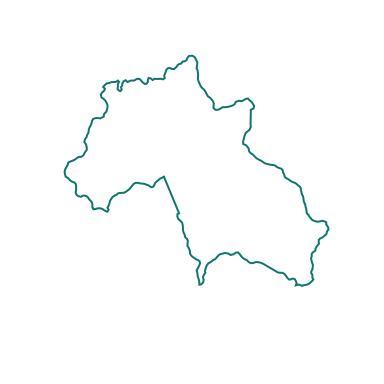 Sucupira, Tocantins, Brazil (Albers equal-area conic projection), rotated 152°
{"feature_id": "56859067B48445419523046", "entity_name": "Sucupira", "entity_type": "district", "adm_level": 2, "iso_a3": "BRA", "parent_name": "Brazil", "parent_adm1": "Tocantins", "projection": "albers", "projection_center": [-48.827, -12.089], "detail": "fine", "context": "isolated", "style": "outline", "palette": "teal", "viewbox_px": 384, "rotation_deg": 152, "n_neighbors": 0, "source": "geoboundaries", "source_scale": "gbopen_adm2", "svg_char_len": 5061}
<svg xmlns="http://www.w3.org/2000/svg" viewBox="0 0 384 384"><g transform="rotate(152 192 192)"><path d="M133.0,312.7L135.1,310.9L137.1,310.8L139.1,311.6L141.3,310.5L143.2,311.0L144.9,310.9L146.9,309.8L150.0,308.9L152.1,310.2L153.2,311.8L155.3,312.6L157.5,311.8L159.7,309.6L161.9,307.9L162.6,305.3L164.8,305.1L166.4,306.6L169.6,308.1L172.0,309.6L174.2,309.3L175.1,311.6L176.7,313.1L178.2,311.8L179.4,309.8L181.4,308.9L183.0,309.6L184.1,312.0L184.6,314.3L185.0,316.0L186.3,317.3L188.2,317.7L190.7,317.5L192.6,318.6L194.5,319.3L197.3,319.3L198.2,321.9L200.6,321.8L202.7,320.4L203.5,318.9L205.4,317.9L206.1,315.3L208.0,314.8L209.1,316.3L209.4,318.0L207.9,320.0L206.8,322.1L204.7,323.5L205.2,325.2L207.4,324.9L209.7,326.0L211.8,326.9L214.1,327.1L216.3,327.9L218.3,327.5L221.1,326.5L220.4,324.2L221.6,322.8L224.7,322.0L226.9,320.7L227.5,318.0L226.3,315.7L225.6,313.4L225.6,310.9L225.7,308.8L226.7,306.6L228.3,304.8L229.8,303.2L231.8,302.6L233.4,301.8L234.5,300.0L236.4,300.0L238.5,300.1L240.5,301.5L242.4,302.5L245.0,302.9L246.9,301.7L248.8,299.5L250.9,297.9L252.3,297.0L253.7,295.7L255.0,293.8L256.2,292.5L257.8,291.6L259.3,290.0L261.1,289.1L262.6,288.0L263.6,286.4L263.2,283.8L263.8,281.5L264.4,279.8L265.4,278.4L267.5,277.5L269.6,276.2L271.0,275.2L273.4,275.1L275.5,276.1L277.9,276.0L279.9,275.6L281.7,275.6L283.7,275.8L285.7,276.1L287.5,276.0L288.6,274.7L290.6,273.3L293.5,271.4L295.1,269.4L295.8,267.5L296.3,264.8L294.8,262.3L294.3,259.8L293.2,257.5L291.4,255.6L290.8,253.5L291.6,251.6L292.4,250.1L293.2,248.4L294.8,246.4L295.3,243.8L294.3,241.6L292.3,239.9L290.2,240.0L288.7,239.4L287.1,237.9L286.4,235.9L286.2,233.6L285.4,231.3L285.3,229.5L285.8,227.6L287.1,225.5L287.2,223.1L285.2,222.3L283.5,222.0L281.2,221.1L279.2,219.3L278.2,217.3L277.1,215.6L276.0,214.3L273.9,215.6L273.9,217.9L272.4,218.8L270.4,220.5L268.8,222.4L266.8,223.8L264.3,224.9L262.0,225.1L259.8,225.0L258.0,225.5L256.2,225.1L254.4,224.2L252.1,223.2L249.6,223.3L246.5,223.8L244.6,224.4L242.7,225.3L241.0,226.0L239.4,226.6L237.2,226.4L235.2,225.3L233.8,224.0L232.2,222.9L230.1,221.5L228.9,219.9L227.5,218.6L226.7,217.1L225.7,215.3L224.0,214.9L222.4,215.5L220.6,217.2L218.0,217.9L216.0,218.3L214.1,218.8L212.4,218.7L209.6,218.7L213.4,179.3L215.3,179.2L216.5,177.1L216.8,174.4L215.8,172.3L215.1,169.8L215.8,167.0L216.6,165.1L217.7,163.0L218.4,160.6L218.5,158.0L219.2,155.1L218.4,152.9L218.5,151.0L219.9,148.9L221.3,146.7L221.2,144.9L221.2,142.9L221.6,140.5L222.6,138.7L222.6,136.4L221.9,134.4L221.0,132.7L220.1,130.8L218.7,129.2L217.8,127.2L218.4,125.3L219.6,124.1L221.1,123.0L223.0,121.7L224.8,120.4L225.3,117.9L226.5,115.1L227.0,112.0L227.8,109.1L229.0,106.7L226.9,106.1L224.4,107.1L222.9,109.1L222.4,111.6L220.5,113.3L218.1,114.4L217.7,116.1L216.0,118.0L213.3,120.3L211.0,121.4L209.1,121.3L207.0,121.6L205.2,122.0L202.9,121.8L200.8,122.7L198.5,123.6L196.0,123.9L194.0,123.2L191.9,122.8L190.2,121.8L188.9,120.6L187.4,118.2L184.5,117.5L181.8,117.9L179.7,117.0L179.0,114.5L178.6,111.3L177.4,108.6L175.5,106.0L174.8,103.4L173.3,101.4L171.2,100.5L168.8,100.3L167.0,99.3L165.4,98.1L163.9,96.6L162.8,95.1L161.7,93.3L153.9,80.6L151.9,79.2L149.9,78.1L148.9,76.1L148.3,73.8L148.2,71.7L147.4,69.1L145.8,68.5L143.7,68.3L142.3,67.1L142.1,64.8L142.4,62.4L144.1,60.8L141.5,60.3L140.0,59.0L138.9,57.4L137.2,57.3L135.7,56.7L133.8,56.2L131.3,56.1L128.5,56.8L126.0,57.7L125.9,59.9L124.6,62.3L124.8,64.7L123.4,66.4L121.8,67.3L120.7,69.0L119.3,71.2L119.2,73.4L118.6,75.6L118.0,77.5L116.7,78.8L115.1,81.4L112.8,82.1L110.8,82.2L109.5,84.0L107.8,85.2L105.9,86.1L104.1,86.7L103.7,88.3L102.5,90.2L100.6,90.8L98.4,90.6L95.1,91.2L92.9,91.8L91.6,93.6L89.1,94.9L88.4,96.8L88.5,98.7L88.7,100.5L87.7,102.1L88.8,103.8L90.5,105.4L93.1,106.1L95.2,106.8L97.2,108.7L98.9,110.6L99.5,113.1L99.9,115.1L99.9,116.9L100.6,119.2L99.8,121.5L99.0,123.5L98.6,126.0L97.9,127.8L97.9,129.7L97.4,132.1L96.5,134.3L96.0,136.5L96.0,138.6L95.4,140.7L94.9,142.6L94.2,144.3L94.4,146.4L95.4,148.4L96.0,150.3L97.2,152.2L99.0,154.2L99.8,155.7L101.0,158.1L102.5,160.2L103.0,161.9L102.4,164.3L102.4,166.8L101.7,168.6L102.1,170.5L104.0,172.5L105.4,174.4L106.0,176.1L107.5,177.6L109.6,179.0L112.0,181.0L114.0,182.9L115.1,184.8L116.0,186.7L117.6,188.9L119.0,191.1L119.7,193.0L120.2,194.9L120.8,196.8L121.8,198.4L122.4,200.1L122.4,201.8L121.6,203.5L121.8,205.6L122.4,208.1L124.2,210.2L123.4,212.1L122.4,213.5L121.0,214.9L119.3,216.9L116.8,218.9L114.1,219.5L112.0,219.9L109.5,221.9L108.4,224.5L101.4,237.0L98.4,236.9L96.7,239.0L96.9,242.0L97.2,244.0L98.0,245.5L98.8,248.4L100.9,248.9L103.2,248.8L105.5,248.9L107.9,250.6L111.1,251.0L113.1,249.5L115.3,249.3L117.9,249.7L120.3,250.3L121.9,250.9L123.6,251.7L125.5,252.5L127.5,252.3L129.3,252.2L131.1,252.6L132.8,253.7L133.6,256.1L132.4,258.2L131.2,259.7L130.9,262.1L131.3,265.0L132.0,267.2L133.0,268.8L133.1,271.4L133.0,274.1L133.2,276.6L134.5,279.8L134.6,282.3L134.5,284.2L134.3,286.3L133.8,288.9L132.6,291.0L131.4,292.9L130.7,294.9L129.9,296.9L129.9,298.9L128.8,300.6L127.6,302.1L126.5,303.8L126.3,306.4L126.3,309.7L127.6,312.1L130.7,313.5L133.0,312.7Z" fill="none" stroke="#0f766e" stroke-width="2"/></g></svg>